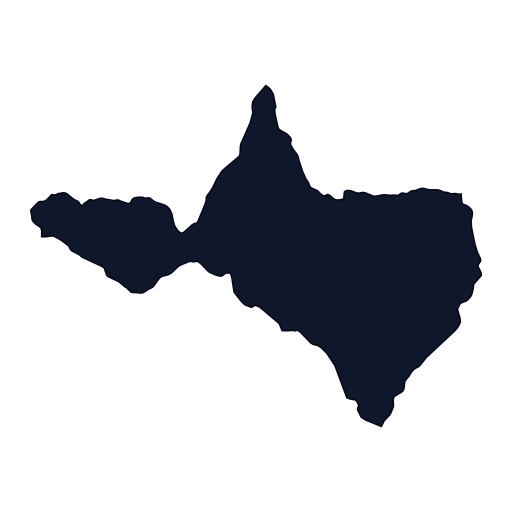 SVG path tracing the border of Nakhon Sawan
{"feature_id": "THA-411", "entity_name": "Nakhon Sawan", "entity_type": "Province", "adm_level": 1, "iso_a3": "THA", "parent_name": "Thailand", "parent_adm1": "", "projection": "orthographic", "projection_center": [99.999, 15.699], "detail": "fine", "context": "isolated", "style": "filled", "palette": "ink", "viewbox_px": 512, "rotation_deg": 0, "n_neighbors": 0, "source": "natural_earth", "source_scale": "10m", "svg_char_len": 5233}
<svg xmlns="http://www.w3.org/2000/svg" viewBox="0 0 512 512"><path d="M381.4,426.5L365.6,420.0L361.3,417.3L358.0,410.8L357.7,409.9L357.5,409.1L357.7,408.2L358.0,407.3L358.4,406.6L358.6,405.7L358.3,404.5L356.8,401.4L355.9,400.4L355.0,399.8L351.3,399.3L346.9,397.9L334.9,365.6L326.8,353.3L321.6,348.1L320.2,347.0L319.6,346.6L317.9,345.7L316.9,345.3L314.0,344.6L313.0,344.3L310.7,342.9L300.5,332.4L297.5,330.1L295.1,330.9L291.3,330.4L289.0,330.7L282.1,330.7L279.2,323.6L260.2,307.5L258.0,306.3L256.5,305.7L255.4,305.5L254.4,305.7L253.7,306.0L252.5,306.9L251.8,307.2L250.9,307.2L245.0,304.9L243.4,303.5L240.9,300.9L234.7,293.0L234.0,291.8L231.8,277.5L230.8,274.0L230.0,273.3L229.3,272.9L227.3,273.0L225.5,273.4L224.7,273.8L222.6,275.5L221.8,275.9L220.9,276.1L219.9,276.1L218.0,275.7L215.2,274.8L209.4,272.2L207.4,270.5L200.9,263.8L198.8,262.1L197.1,261.2L194.2,261.8L193.1,261.8L191.1,261.4L190.1,261.4L189.1,261.5L180.5,265.1L179.7,265.5L178.3,266.5L172.0,272.4L170.6,273.5L167.4,275.0L162.5,276.2L160.8,277.0L160.2,277.6L159.5,278.1L157.4,280.8L154.4,285.2L153.3,286.6L151.9,287.6L147.9,289.6L144.2,292.1L142.5,292.8L141.5,293.0L138.4,292.9L135.9,292.6L133.1,292.6L131.6,292.2L130.5,291.7L127.0,288.1L124.7,286.7L120.0,282.6L116.8,280.7L109.0,277.1L108.1,276.5L107.2,275.8L106.7,275.1L106.3,274.3L104.2,268.0L101.9,266.4L81.9,257.1L79.4,254.8L72.4,251.2L71.3,250.4L70.2,249.1L69.1,246.7L68.6,245.9L67.9,245.3L66.4,244.3L62.0,240.8L56.6,237.6L54.0,236.4L52.0,235.9L45.6,236.8L41.6,236.7L41.7,230.6L41.1,228.3L40.6,227.6L39.2,226.4L36.0,224.4L33.1,221.5L32.4,220.3L31.9,218.5L31.9,217.2L30.7,210.2L34.5,205.9L38.2,202.3L39.1,201.8L40.2,201.5L43.3,201.5L44.7,201.1L46.1,200.3L49.3,197.2L50.6,195.6L51.3,195.0L52.2,194.6L53.9,194.9L55.1,194.9L56.4,194.8L57.6,193.7L63.0,192.8L64.1,192.8L65.1,193.0L66.0,193.3L66.8,193.7L73.7,199.2L75.3,200.1L77.0,200.8L77.8,201.3L78.5,201.8L79.0,202.5L79.9,204.0L80.4,204.6L81.0,205.2L81.8,205.4L82.8,205.1L83.9,203.8L85.1,202.8L86.9,201.9L88.0,200.7L89.2,199.9L91.0,199.7L92.0,200.0L92.9,200.4L94.2,200.3L99.1,198.6L101.0,198.2L102.4,198.2L105.2,199.1L113.6,200.5L114.7,200.4L116.8,200.0L118.0,199.9L121.4,201.4L127.8,203.5L128.9,203.5L129.9,203.1L130.8,202.3L131.7,200.3L132.6,199.0L133.9,198.1L136.1,197.5L139.0,197.2L141.3,197.2L142.4,197.3L144.3,197.9L145.3,198.1L146.5,198.1L147.8,197.9L148.9,197.8L149.8,198.1L150.5,198.5L153.2,200.7L155.6,202.1L164.4,205.0L166.0,205.8L166.7,206.3L168.1,207.4L168.6,208.0L169.7,209.4L170.6,211.0L172.0,214.5L173.1,220.5L174.1,224.3L174.8,226.0L176.7,229.1L178.9,231.7L179.6,232.2L181.1,233.2L182.4,233.0L183.9,232.2L192.2,224.8L192.9,224.3L194.6,223.5L196.7,223.1L197.9,221.5L205.1,204.1L206.1,200.8L206.3,199.1L206.2,198.0L206.5,196.7L207.3,195.3L209.4,192.7L212.5,187.9L216.9,178.8L221.4,171.8L223.2,169.8L239.0,156.4L239.5,155.4L240.0,154.1L240.4,146.3L240.8,144.0L250.0,123.2L252.9,112.8L252.2,108.3L252.2,106.0L252.7,101.7L255.3,97.7L265.9,85.5L269.9,88.7L272.9,93.4L273.4,94.8L275.8,106.8L275.5,107.7L275.2,108.4L274.6,109.1L275.1,114.2L277.8,126.5L278.7,128.8L280.0,130.0L286.2,133.6L287.4,134.4L288.6,135.6L290.7,138.0L291.2,139.5L291.2,140.8L290.7,142.0L290.4,143.7L290.8,145.2L293.1,149.2L296.9,154.2L297.6,155.5L298.1,156.6L298.9,160.2L302.8,172.0L305.5,178.0L308.7,183.1L309.6,185.8L310.5,187.2L311.2,187.9L316.5,190.2L317.3,190.6L318.1,191.3L320.9,194.1L322.6,195.3L323.8,195.8L324.9,195.8L325.7,195.5L326.5,195.1L327.2,194.5L328.4,194.7L330.0,195.5L333.0,198.2L334.6,199.3L336.1,199.9L339.2,199.9L340.3,199.8L343.7,198.8L344.3,192.4L344.5,191.7L346.1,190.8L346.9,190.5L347.6,190.4L348.4,190.4L351.4,190.9L356.1,192.7L356.9,193.0L357.8,193.1L358.8,193.1L362.7,192.4L363.8,192.5L365.8,193.0L372.8,195.9L373.8,196.1L375.0,196.2L376.2,196.1L380.1,195.4L381.0,195.1L382.0,194.9L385.3,194.8L389.6,195.3L390.9,195.3L393.0,195.0L395.0,195.1L397.2,195.4L398.0,195.2L398.9,194.9L401.0,193.3L402.1,193.1L403.4,193.1L405.4,193.6L406.8,193.6L407.7,193.3L410.1,191.7L410.7,191.3L411.5,191.0L412.4,190.8L415.7,190.4L416.6,190.1L419.1,189.0L422.0,188.3L423.0,188.3L425.4,188.8L428.6,189.7L438.0,189.9L439.6,190.3L443.7,192.0L445.0,192.3L446.2,192.3L447.4,192.5L450.3,193.5L451.4,193.8L452.4,193.8L454.5,193.5L455.5,193.5L459.0,194.3L461.1,193.9L461.8,201.9L462.2,203.0L463.0,204.3L465.7,205.2L467.0,205.8L468.5,206.8L470.9,209.0L471.9,210.5L472.3,212.0L472.4,214.2L472.1,216.5L471.4,219.4L471.1,220.3L471.6,227.8L474.9,244.0L477.4,252.2L480.1,257.9L480.6,259.4L480.7,260.6L480.3,261.5L478.7,263.9L478.0,265.4L478.3,267.0L480.8,272.1L481.3,273.9L481.3,275.3L480.8,276.1L474.5,283.2L473.9,284.1L473.6,285.3L473.1,288.9L471.9,294.0L471.5,295.0L470.7,296.5L470.2,297.2L467.8,299.8L467.2,300.4L466.4,300.9L465.6,301.3L461.2,302.9L459.5,304.5L457.5,309.5L460.1,318.5L460.3,322.0L460.0,323.1L458.7,325.8L457.3,327.9L454.6,331.0L426.3,357.5L420.2,365.2L419.1,366.3L418.4,366.8L415.2,368.4L412.9,370.4L411.1,372.6L408.7,376.6L406.6,378.9L404.9,381.4L404.7,382.4L404.4,384.6L404.4,385.9L403.8,389.3L403.3,390.4L402.6,391.2L401.3,392.3L400.6,392.8L398.7,393.7L395.2,395.9L394.2,396.9L393.6,398.0L393.3,398.9L393.2,400.0L393.5,405.6L393.4,406.6L390.7,413.4L389.9,414.7L389.2,415.6L388.3,416.4L384.1,420.9L381.4,426.5Z" fill="#0f172a" stroke="#020617" stroke-width="1.5"/></svg>